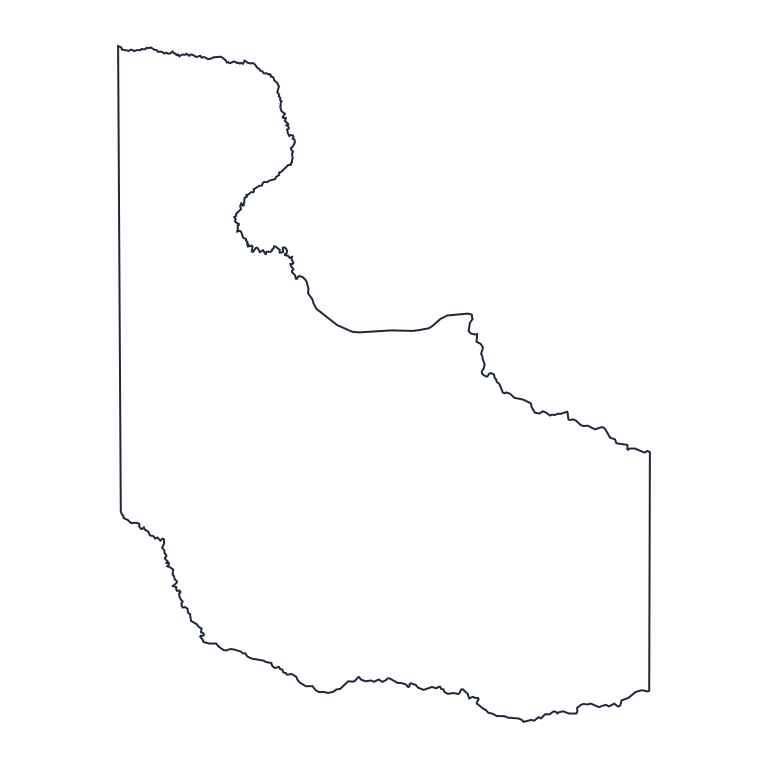 General Roca, Río Negro, Argentina
{"feature_id": "61730980B10000603471831", "entity_name": "General Roca", "entity_type": "district", "adm_level": 2, "iso_a3": "ARG", "parent_name": "Argentina", "parent_adm1": "Río Negro", "projection": "albers", "projection_center": [-67.633, -38.378], "detail": "fine", "context": "isolated", "style": "outline", "palette": "slate", "viewbox_px": 768, "rotation_deg": 0, "n_neighbors": 0, "source": "geoboundaries", "source_scale": "gbopen_adm2", "svg_char_len": 6048}
<svg xmlns="http://www.w3.org/2000/svg" viewBox="0 0 768 768"><path d="M499.3,383.9L496.7,381.8L496.0,379.3L494.6,377.8L494.1,374.6L491.5,373.2L489.4,373.5L487.3,376.5L486.6,376.6L483.5,375.1L482.0,373.5L481.8,371.5L484.0,367.8L484.6,364.2L482.6,358.8L482.5,356.5L481.1,353.9L483.0,347.5L480.5,343.7L476.5,341.8L477.2,334.1L474.9,334.5L470.9,333.5L468.6,331.1L469.9,322.9L472.7,318.8L471.9,317.3L472.1,315.4L471.6,314.5L467.8,313.6L447.3,315.5L440.6,318.8L432.4,326.0L428.7,328.3L419.7,330.0L413.2,330.9L391.2,330.4L358.7,332.4L352.3,331.8L337.3,325.2L316.4,308.8L313.4,303.0L312.4,299.4L308.0,293.2L308.5,289.0L306.7,282.0L305.6,280.0L302.8,277.2L299.5,276.0L298.5,276.4L296.9,278.8L295.8,278.7L295.2,275.4L292.0,272.2L292.0,270.8L293.4,269.4L290.7,265.4L290.5,264.0L292.4,264.0L293.4,263.0L291.5,258.9L292.0,257.0L289.6,257.8L287.9,255.7L285.0,255.1L284.9,254.2L286.6,253.1L287.1,250.8L285.8,248.3L283.9,247.3L282.8,247.8L283.1,252.0L280.0,252.8L279.5,251.6L279.8,249.8L275.2,246.4L274.0,246.3L273.5,248.6L272.3,249.2L271.8,250.9L270.2,251.9L266.6,251.7L265.9,252.6L266.0,254.0L265.5,254.1L263.0,250.2L259.9,252.1L257.8,248.2L256.9,247.7L255.8,248.0L253.2,251.8L251.8,251.6L252.5,246.6L251.9,245.7L247.9,246.5L247.6,245.7L248.4,244.4L247.1,243.9L247.4,241.9L246.0,240.6L246.1,239.2L243.1,237.5L241.1,231.8L239.9,230.9L237.2,231.5L237.9,229.4L237.6,225.6L238.9,224.8L239.0,224.1L235.6,222.2L235.0,221.3L235.7,219.5L234.2,217.0L236.2,215.9L236.1,213.9L241.0,209.2L240.2,206.1L241.3,203.4L242.8,205.7L243.8,205.1L243.1,204.2L244.2,203.0L244.4,198.9L244.8,197.7L246.9,196.7L246.4,195.0L248.1,194.7L250.8,192.3L253.4,192.2L253.9,191.2L253.6,189.3L259.5,185.8L261.9,185.6L262.9,182.9L264.1,182.0L267.2,182.1L269.2,180.7L275.1,179.1L276.1,176.9L279.2,174.9L279.1,172.5L281.1,172.0L288.2,165.1L291.0,164.7L290.7,163.7L292.1,162.1L292.0,160.0L292.7,158.7L292.0,153.5L293.1,151.9L291.5,150.1L290.9,148.0L292.6,146.8L294.5,143.4L294.9,142.2L294.4,139.5L292.7,138.8L293.5,136.6L292.7,135.3L290.8,135.0L289.4,136.1L287.9,133.2L287.1,129.5L288.7,128.7L288.8,127.9L288.1,126.1L286.5,125.3L288.3,124.0L284.8,120.8L285.9,118.6L285.7,117.8L283.5,118.1L282.6,117.2L284.9,113.8L281.5,111.2L280.2,106.8L280.7,105.6L280.5,103.3L281.6,101.4L280.1,100.1L280.4,98.0L278.9,96.5L279.2,94.8L277.3,92.2L278.9,86.3L277.2,82.9L274.3,80.4L273.3,77.3L270.7,76.5L270.7,74.8L269.7,74.1L268.6,74.5L266.8,73.3L263.9,73.4L262.1,71.2L260.2,70.5L259.0,68.6L257.8,68.3L254.4,63.9L252.7,63.0L250.9,63.5L247.6,62.7L244.8,60.6L242.9,63.8L241.3,62.9L239.8,63.6L238.7,62.8L236.9,63.1L236.3,62.2L233.6,61.5L230.5,63.1L229.3,63.1L228.2,62.1L226.8,62.5L225.7,60.4L222.3,57.5L220.3,56.7L213.3,57.4L211.8,58.4L208.1,59.2L204.2,57.0L201.5,57.6L200.3,55.8L196.3,57.0L192.5,54.8L190.6,54.5L189.3,55.8L186.5,53.8L185.2,54.8L182.6,54.5L179.2,56.3L178.4,54.6L176.5,55.2L175.8,53.8L174.1,53.4L172.5,51.5L170.0,53.5L168.2,53.7L166.6,52.7L164.5,53.5L161.3,51.6L158.1,51.9L156.7,50.1L154.6,49.9L150.7,47.4L149.5,48.1L146.4,47.8L145.9,48.9L144.0,49.4L141.4,49.0L140.5,50.2L136.9,50.1L134.2,51.1L132.1,49.8L130.4,49.8L128.9,50.9L121.8,49.5L121.3,47.4L118.1,46.1L120.8,511.4L121.7,514.0L123.4,515.8L123.3,517.5L123.9,518.2L127.6,519.9L131.3,523.1L135.6,522.7L138.7,523.4L139.3,524.0L139.2,526.3L140.9,528.9L142.2,528.9L143.8,527.4L144.7,529.6L148.2,531.6L149.9,535.3L153.7,536.3L155.0,538.6L157.4,537.5L160.4,540.6L162.3,538.7L164.0,539.3L164.1,543.5L162.2,547.7L164.5,550.9L164.5,553.1L166.3,555.1L166.2,556.6L165.0,557.6L164.9,558.6L167.6,561.4L166.6,562.9L168.9,563.2L168.8,564.5L167.3,566.3L169.4,566.8L173.2,569.6L172.6,574.5L173.8,575.7L174.8,579.4L177.0,581.4L176.5,583.0L172.9,586.0L176.4,587.2L176.2,589.4L177.0,590.9L179.3,590.6L180.3,591.4L180.3,592.6L179.1,593.3L179.4,596.4L181.0,599.8L182.7,601.5L181.5,603.6L181.4,604.9L182.6,607.5L185.0,607.1L187.6,608.7L188.0,612.7L190.1,614.2L191.0,620.9L196.7,624.2L199.0,627.2L201.6,628.4L201.0,632.2L203.5,633.4L203.9,634.6L203.1,635.8L200.8,635.7L200.2,636.6L202.9,640.1L203.4,642.0L209.2,643.5L216.1,643.5L219.0,646.9L223.8,650.2L226.1,650.4L230.8,649.0L234.8,649.7L240.9,651.6L242.7,653.3L245.4,653.3L247.2,656.4L251.6,658.6L263.5,660.6L265.8,662.0L271.3,663.0L272.2,665.8L274.2,667.6L275.6,667.9L278.9,666.9L280.3,669.2L282.1,669.5L283.5,672.6L285.8,673.0L287.1,674.7L291.7,674.0L296.3,676.8L297.3,679.5L299.3,682.2L305.7,686.2L312.5,686.2L315.6,690.1L318.9,692.1L324.0,691.9L327.8,693.0L333.0,691.9L336.4,689.5L340.3,688.8L348.2,681.3L353.0,681.6L354.8,681.0L358.3,677.1L359.2,677.2L361.0,679.6L365.5,681.3L371.2,680.5L374.0,681.8L378.7,679.5L382.3,681.9L385.8,680.2L387.7,678.4L389.4,678.3L397.8,683.0L400.4,682.9L405.7,684.3L408.2,687.1L409.4,686.5L409.6,684.2L410.9,683.3L415.8,685.0L418.1,687.7L423.7,689.9L432.0,686.9L436.2,688.3L438.8,686.8L440.2,686.7L441.1,688.9L443.5,689.4L444.6,692.2L448.0,693.9L453.3,693.0L458.4,694.0L459.9,692.7L460.9,689.7L462.7,689.2L467.6,693.7L469.2,698.4L472.9,696.8L475.0,697.9L478.1,698.1L478.7,699.1L476.7,702.8L477.1,703.8L483.8,709.1L485.6,709.7L488.2,712.7L492.5,713.7L496.7,716.0L504.6,716.2L507.9,717.6L518.7,718.5L522.2,720.2L523.6,721.9L531.2,719.9L534.2,720.7L538.6,717.2L541.0,718.4L544.9,714.4L549.7,714.2L553.6,711.4L555.7,711.8L557.3,713.4L558.8,712.3L563.2,711.3L568.9,713.5L576.2,713.5L577.4,711.8L577.1,707.8L580.9,704.9L583.4,704.0L587.8,704.4L590.8,703.6L598.7,707.1L605.9,704.8L608.9,706.4L614.3,703.6L617.5,706.2L618.9,706.3L620.2,705.5L621.5,700.4L628.2,698.0L635.9,691.8L642.0,690.2L647.6,691.4L649.2,690.8L649.9,452.2L647.4,450.9L645.5,452.3L643.8,452.3L634.9,448.5L629.9,448.5L628.0,449.7L627.2,449.0L627.6,445.5L626.9,444.8L616.4,443.3L615.0,439.4L610.0,437.6L605.4,429.4L603.5,427.6L601.6,427.2L595.0,429.3L587.7,425.7L583.7,426.0L581.0,425.3L576.2,420.8L573.3,419.4L569.4,420.1L568.3,418.7L567.6,412.5L567.1,411.7L560.6,413.9L557.7,413.7L554.8,415.0L552.1,414.7L550.0,415.5L546.0,412.6L542.9,411.3L539.5,413.5L534.9,412.7L531.8,407.5L530.8,403.3L523.1,399.6L514.4,397.8L510.1,393.8L506.2,392.4L505.0,393.2L502.9,392.7L499.3,383.9Z" fill="none" stroke="#1e293b" stroke-width="2"/></svg>